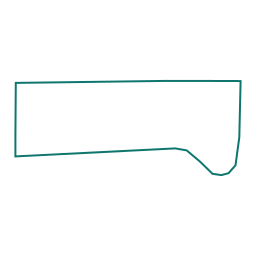 Al Farafra Oasis, Al Wadi at Jadid, Egypt
{"feature_id": "37247803B67299056810507", "entity_name": "Al Farafra Oasis", "entity_type": "district", "adm_level": 2, "iso_a3": "EGY", "parent_name": "Egypt", "parent_adm1": "Al Wadi at Jadid", "projection": "robinson", "projection_center": [27.531, 27.044], "detail": "fine", "context": "isolated", "style": "outline", "palette": "teal", "viewbox_px": 256, "rotation_deg": 0, "n_neighbors": 0, "source": "geoboundaries", "source_scale": "gbopen_adm2", "svg_char_len": 331}
<svg xmlns="http://www.w3.org/2000/svg" viewBox="0 0 256 256"><path d="M240.6,81.1L236.3,81.0L236.2,81.0L165.9,80.9L15.8,82.9L15.7,95.8L15.4,136.2L15.4,156.4L175.3,148.4L186.7,150.4L200.0,161.6L212.5,173.8L221.4,175.1L228.5,173.2L235.5,165.3L239.3,137.3L240.6,81.1L240.6,81.1Z" fill="none" stroke="#0f766e" stroke-width="2"/></svg>